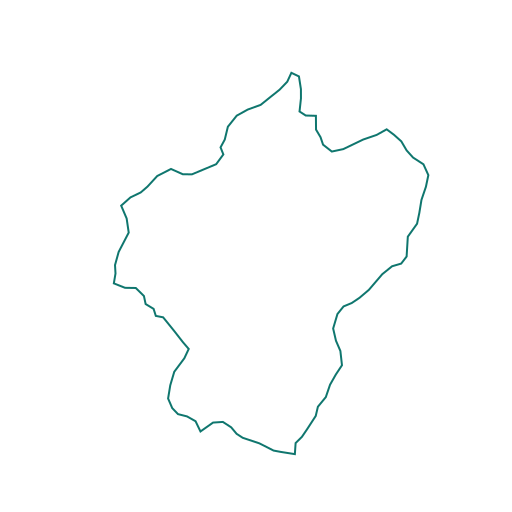 Taiaçu, São Paulo, Brazil (Equal Earth projection), rotated 33°
{"feature_id": "56859067B95605484222481", "entity_name": "Taiaçu", "entity_type": "district", "adm_level": 2, "iso_a3": "BRA", "parent_name": "Brazil", "parent_adm1": "São Paulo", "projection": "equal_earth", "projection_center": [-48.531, -21.132], "detail": "fine", "context": "isolated", "style": "outline", "palette": "teal", "viewbox_px": 512, "rotation_deg": 33, "n_neighbors": 0, "source": "geoboundaries", "source_scale": "gbopen_adm2", "svg_char_len": 1362}
<svg xmlns="http://www.w3.org/2000/svg" viewBox="0 0 512 512"><g transform="rotate(33 256 256)"><path d="M185.9,83.1L187.3,92.8L185.2,103.7L181.6,114.5L177.6,126.7L169.3,137.7L163.4,148.8L162.0,162.9L166.4,175.4L167.1,184.2L173.3,188.6L172.6,200.7L157.8,222.4L150.1,227.3L137.3,229.3L129.6,242.7L127.2,256.9L124.7,265.5L118.8,275.2L115.5,287.2L127.1,295.0L136.5,305.7L138.6,327.4L142.7,340.4L147.7,347.2L151.7,356.4L163.5,354.0L172.6,348.3L183.8,350.6L189.6,356.4L198.9,356.1L204.6,360.8L211.5,358.0L228.1,363.4L241.7,368.1L250.2,370.6L251.6,380.8L250.5,397.6L254.5,411.1L259.9,423.4L268.6,429.2L276.7,431.1L285.5,428.1L295.3,427.5L305.0,433.4L310.7,419.1L318.6,413.2L328.5,413.2L336.6,415.7L343.9,415.7L360.8,411.3L376.7,409.6L383.5,406.8L396.5,401.0L391.1,391.3L393.0,382.7L393.2,373.4L393.2,357.6L390.0,348.7L391.4,336.3L388.2,323.6L387.5,311.9L387.6,300.8L378.5,289.7L369.2,283.5L360.2,274.8L355.9,260.3L356.9,250.6L361.9,243.3L365.6,234.6L369.1,222.9L371.8,202.5L375.7,190.5L381.9,183.3L382.6,174.4L372.8,157.1L373.5,141.2L369.5,130.9L364.2,118.8L360.8,105.4L356.5,94.3L346.5,87.9L334.1,87.9L324.8,85.4L315.4,80.7L305.7,79.2L296.6,78.6L291.2,88.8L282.5,99.9L271.0,118.8L262.7,127.1L251.6,126.1L245.4,121.2L237.5,117.3L229.9,105.8L221.2,111.1L213.8,111.1L207.9,99.4L202.8,91.6L194.2,82.0L185.9,83.1Z" fill="none" stroke="#0f766e" stroke-width="2"/></g></svg>